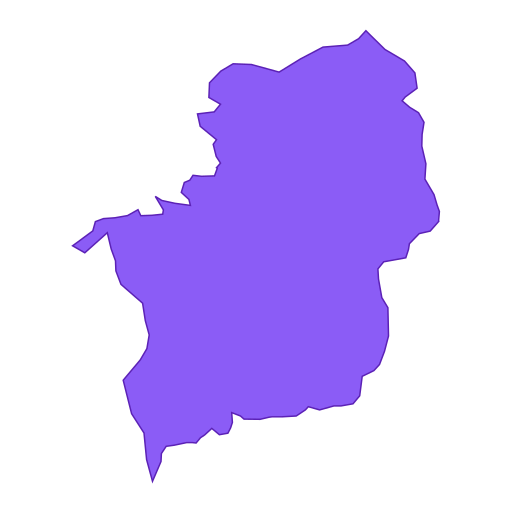 outline of Alektora, Limassol, Cyprus
{"feature_id": "46923920B57894540392613", "entity_name": "Alektora", "entity_type": "district", "adm_level": 2, "iso_a3": "CYP", "parent_name": "Cyprus", "parent_adm1": "Limassol", "projection": "albers", "projection_center": [32.666, 34.7], "detail": "fine", "context": "isolated", "style": "filled", "palette": "violet", "viewbox_px": 512, "rotation_deg": 0, "n_neighbors": 0, "source": "geoboundaries", "source_scale": "gbopen_adm2", "svg_char_len": 1599}
<svg xmlns="http://www.w3.org/2000/svg" viewBox="0 0 512 512"><path d="M152.5,481.3L161.0,461.5L161.4,453.5L166.2,446.3L174.2,445.2L186.6,442.6L192.4,442.6L196.1,443.0L200.5,437.7L204.7,434.9L211.8,428.4L219.4,434.7L227.9,433.2L230.6,427.9L232.4,422.4L231.7,412.6L240.5,416.0L244.0,419.1L260.1,419.3L269.1,417.2L272.0,416.8L282.0,416.8L296.2,416.0L305.4,409.9L308.3,406.7L319.6,409.9L334.0,405.9L341.1,405.9L353.0,403.8L359.7,395.8L361.0,385.7L362.2,376.3L373.9,370.6L379.5,364.5L384.5,351.3L388.5,336.0L387.9,307.7L381.8,297.6L378.5,279.0L377.9,268.9L383.7,261.8L405.8,257.8L408.5,249.4L409.4,243.7L419.2,233.6L430.2,231.1L438.8,221.3L438.6,220.4L439.4,211.5L437.0,204.8L434.0,194.6L424.9,179.1L425.9,163.8L421.8,146.1L422.1,134.5L424.0,122.3L418.5,112.7L409.7,107.3L402.1,100.8L405.2,97.0L417.1,88.2L414.9,72.9L404.5,61.0L385.0,49.5L370.0,34.8L365.9,30.7L358.6,38.7L347.6,45.1L323.0,47.1L300.7,58.8L279.1,72.1L251.4,64.5L233.1,63.8L220.8,71.1L209.5,82.8L208.9,97.5L220.5,104.2L214.2,111.9L197.5,113.9L200.2,126.3L216.5,139.7L213.2,144.3L216.2,156.4L220.5,163.1L216.5,167.7L217.3,168.2L214.5,175.9L201.5,176.3L193.0,175.3L189.8,180.2L184.3,182.5L181.3,192.4L188.9,199.4L190.4,205.4L174.9,203.3L161.9,200.5L155.3,196.4L163.4,209.9L162.7,214.2L151.9,215.3L140.8,215.7L138.0,209.7L127.5,215.6L114.8,217.8L103.5,218.6L95.4,221.6L92.8,230.9L72.6,245.8L84.8,252.8L107.3,232.7L111.2,249.0L115.5,260.8L115.9,270.9L121.0,284.4L142.6,303.2L145.3,320.6L149.2,334.9L146.9,348.6L140.2,360.0L123.2,380.2L131.6,413.7L144.0,433.0L146.6,459.6L152.5,481.3Z" fill="#8b5cf6" stroke="#5b21b6" stroke-width="1.5"/></svg>